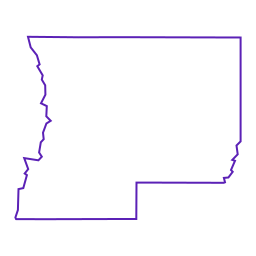 the district of Winn, Louisiana, United States of America
{"feature_id": "52423323B15053613174821", "entity_name": "Winn", "entity_type": "district", "adm_level": 2, "iso_a3": "USA", "parent_name": "United States of America", "parent_adm1": "Louisiana", "projection": "natural_earth1", "projection_center": [-92.735, 31.928], "detail": "fine", "context": "isolated", "style": "outline", "palette": "violet", "viewbox_px": 256, "rotation_deg": 0, "n_neighbors": 0, "source": "geoboundaries", "source_scale": "gbopen_adm2", "svg_char_len": 715}
<svg xmlns="http://www.w3.org/2000/svg" viewBox="0 0 256 256"><path d="M70.2,37.2L28.0,36.8L30.7,47.4L36.9,55.3L39.6,64.4L37.3,66.2L42.7,75.4L41.8,79.6L45.2,85.3L45.4,94.7L41.0,103.3L46.8,106.1L46.3,116.3L50.7,120.8L46.4,123.5L43.0,132.7L43.7,139.2L40.8,142.3L39.1,152.5L41.8,156.7L38.4,160.3L24.2,158.1L28.2,169.1L24.7,173.5L26.9,175.1L23.3,188.1L18.5,189.1L17.9,210.0L15.4,217.5L16.1,219.1L43.8,219.2L120.1,219.0L136.3,219.0L136.3,217.7L136.5,182.6L150.1,182.6L223.7,182.8L225.0,182.3L223.9,177.9L228.4,177.5L232.7,171.8L231.0,170.0L235.0,160.8L232.3,159.9L237.7,154.3L236.5,145.5L240.6,141.4L240.6,128.4L240.6,37.5L127.4,37.2L109.2,37.2L78.0,37.3L70.2,37.2Z" fill="none" stroke="#5b21b6" stroke-width="2"/></svg>